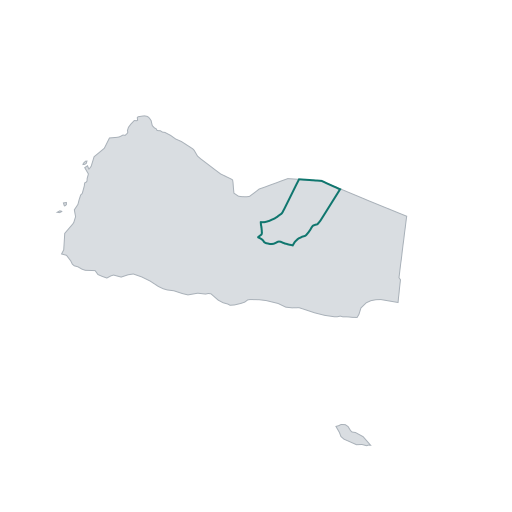 Al Qaff, Hadramawt, Yemen (highlighted), rotated 31°
{"feature_id": "15242507B27832262197062", "entity_name": "Al Qaff", "entity_type": "district", "adm_level": 2, "iso_a3": "YEM", "parent_name": "Yemen", "parent_adm1": "Hadramawt", "projection": "albers", "projection_center": [48.909, 17.431], "detail": "fine", "context": "in_parent", "style": "outline", "palette": "teal", "viewbox_px": 512, "rotation_deg": 31, "n_neighbors": 0, "source": "geoboundaries", "source_scale": "gbopen_adm2", "svg_char_len": 8089}
<svg xmlns="http://www.w3.org/2000/svg" viewBox="0 0 512 512"><g transform="rotate(31 256 256)"><path d="M401.7,222.7L385.5,229.0L381.3,231.7L377.5,235.1L374.6,239.3L372.7,246.5L374.3,253.1L374.3,256.6L370.1,259.0L366.2,260.8L361.8,263.4L359.2,264.1L357.0,266.2L354.5,267.7L345.4,271.5L335.5,274.5L319.6,278.1L313.5,281.9L307.9,284.5L299.4,285.3L287.8,288.9L281.3,291.8L273.3,296.4L271.5,297.9L270.1,301.3L267.6,304.3L262.7,309.1L259.1,311.6L256.6,311.7L251.9,313.0L246.3,313.3L236.9,311.6L234.4,312.7L232.4,314.6L225.2,317.9L217.7,324.4L212.3,326.1L203.5,328.1L197.4,330.8L193.2,331.9L187.9,332.4L178.1,332.0L168.8,332.8L160.1,334.6L156.0,338.0L151.3,343.5L143.7,345.7L141.9,347.7L139.5,351.7L134.6,352.7L130.1,353.3L125.6,351.4L117.0,356.2L113.7,356.9L108.8,357.0L105.3,358.0L102.8,357.6L99.7,355.6L93.2,353.0L88.3,354.4L88.0,349.7L80.4,335.1L82.5,322.6L82.5,320.9L81.1,315.2L76.5,310.0L76.8,303.5L75.4,298.8L74.3,294.0L74.7,292.8L74.8,291.6L72.7,284.2L71.9,282.7L71.6,281.2L72.5,280.0L72.5,278.7L71.3,276.4L70.1,272.0L63.7,268.5L65.1,265.4L66.4,266.5L68.0,267.5L68.4,265.5L68.5,263.9L66.1,254.3L70.5,241.8L69.6,230.3L75.7,225.9L77.3,224.5L78.2,223.3L79.7,220.8L81.7,220.0L82.5,217.2L82.4,215.9L81.2,214.7L80.4,211.4L80.8,207.4L81.2,205.7L81.9,202.6L84.1,201.5L84.6,200.6L83.0,198.6L83.2,197.4L86.9,194.3L88.3,193.3L90.7,192.4L92.5,192.4L94.5,193.1L96.4,194.0L98.1,195.8L100.0,197.7L102.9,198.5L104.9,198.4L106.5,199.3L107.9,198.8L109.5,197.9L112.0,198.0L114.2,197.0L120.6,196.6L126.8,197.1L133.2,196.3L139.7,196.5L146.1,196.7L147.6,196.9L149.0,197.5L154.4,200.5L158.5,201.2L166.8,202.1L175.7,203.1L183.4,203.9L189.9,203.3L195.3,202.8L196.8,202.9L198.4,204.8L201.6,209.3L204.7,213.5L210.1,213.8L213.6,212.3L217.4,210.1L219.7,208.3L222.5,201.5L224.2,197.0L228.3,192.1L231.6,187.9L236.1,182.4L238.5,179.3L243.4,173.3L248.0,170.9L256.8,166.4L265.5,161.9L271.2,159.0L276.0,157.7L284.1,156.5L293.5,155.1L303.0,153.7L313.1,152.2L324.3,150.6L332.0,149.4L341.8,147.9L350.0,146.6L357.2,145.5L364.7,144.3L366.1,147.6L367.6,151.0L369.1,154.3L370.5,157.6L372.0,161.0L373.5,164.3L375.0,167.7L376.4,171.0L377.9,174.3L379.4,177.7L380.9,181.0L382.4,184.3L383.8,187.7L385.3,191.0L386.8,194.4L388.3,197.7L389.7,200.9L392.1,202.0L393.5,205.1L395.5,209.5L397.6,213.9L399.6,218.3L401.7,222.7ZM427.0,357.0L429.0,357.4L432.1,356.1L440.9,355.7L451.7,359.2L449.7,360.2L448.6,361.6L443.9,363.0L439.3,366.0L425.8,367.7L421.8,367.0L418.4,364.3L412.3,360.9L414.6,358.5L415.1,357.4L416.0,356.4L419.4,354.6L422.8,354.8L427.0,357.0ZM66.6,311.0L66.1,311.7L65.6,311.5L63.6,309.7L65.9,307.8L67.0,309.6L66.6,311.0ZM61.6,266.0L60.6,266.7L60.3,265.4L61.1,262.5L62.2,261.7L62.8,263.9L62.3,265.1L61.6,266.0ZM65.3,320.0L63.1,320.9L64.6,318.3L66.2,317.8L66.6,317.9L65.3,320.0Z" fill="#d9dde1" stroke="#a8b0b8" stroke-width="1"/><path d="M293.7,155.5L291.7,155.8L289.2,156.0L286.5,156.4L283.9,156.7L281.3,157.0L278.7,157.3L276.2,157.5L273.6,157.8L271.2,159.0L269.8,159.7L268.4,160.5L266.1,161.6L264.6,162.4L263.1,163.1L260.8,164.3L259.4,165.0L257.9,165.8L255.7,166.9L253.4,168.1L253.8,173.9L255.2,191.0L255.4,193.6L256.0,201.0L256.1,203.4L256.1,203.6L256.2,203.9L256.2,204.1L256.2,204.4L256.2,204.6L256.2,204.8L256.2,205.5L256.2,205.8L256.1,206.0L256.1,206.3L256.0,206.5L256.0,206.8L255.9,207.0L255.7,207.4L255.6,207.6L255.5,207.9L255.4,208.1L255.2,208.4L255.1,208.6L255.0,208.9L254.9,209.2L254.8,209.4L254.7,209.7L254.6,209.9L254.5,210.1L254.4,210.3L254.3,210.6L254.3,210.8L254.2,211.0L254.1,211.3L254.0,211.5L253.9,211.8L253.7,212.0L253.5,212.4L253.4,212.7L253.2,213.1L253.1,213.3L253.0,213.5L252.9,213.8L252.7,214.0L252.5,214.5L252.3,214.7L252.2,214.9L252.0,215.1L251.9,215.3L251.8,215.5L251.7,215.6L251.5,215.8L251.4,216.0L251.2,216.2L251.1,216.4L250.9,216.6L250.8,216.8L250.7,217.0L250.5,217.3L250.3,217.5L250.2,217.8L250.0,218.0L249.8,218.3L249.7,218.5L249.4,218.9L249.2,219.1L249.1,219.3L248.9,219.5L248.6,219.8L248.4,220.0L248.2,220.2L248.0,220.4L247.9,220.6L247.7,220.8L247.5,221.0L247.3,221.2L247.2,221.3L247.0,221.5L246.8,221.7L246.4,222.1L246.1,222.4L245.9,222.6L245.7,222.7L245.5,222.9L245.4,222.9L245.3,223.0L245.1,223.1L244.9,223.2L244.7,223.3L244.3,223.6L243.8,223.9L243.6,224.0L243.4,224.1L243.2,224.2L243.0,224.3L242.7,224.5L242.9,224.9L243.0,225.1L243.3,225.4L243.4,225.6L243.6,225.9L243.8,226.2L244.0,226.4L244.2,226.7L244.3,226.9L244.5,227.0L244.9,227.5L245.4,228.0L245.5,228.2L245.7,228.5L245.8,228.5L246.0,228.8L246.2,229.0L246.4,229.2L246.5,229.4L246.7,229.7L246.8,229.9L247.0,230.1L247.1,230.3L247.3,230.5L247.6,230.9L247.8,231.1L247.9,231.3L248.0,231.5L248.2,231.8L248.3,232.0L248.5,232.2L248.6,232.3L248.8,232.6L248.9,232.8L249.0,232.9L249.0,233.0L249.2,233.3L249.3,233.6L249.4,233.8L249.5,234.0L249.6,234.5L249.6,234.8L249.5,235.0L249.4,235.3L249.4,235.5L249.2,235.9L249.1,236.1L249.0,236.4L248.9,236.6L248.8,236.8L248.7,237.1L248.6,237.4L248.5,237.6L248.5,237.8L248.4,238.1L248.3,238.3L248.3,238.6L248.2,238.8L248.3,238.9L248.6,238.9L248.9,238.8L249.1,238.8L249.4,238.8L249.7,238.8L250.0,238.7L250.3,238.7L250.5,238.7L251.0,238.7L251.4,238.7L251.7,238.7L252.0,238.7L252.4,238.7L252.6,238.8L252.9,238.8L253.1,238.8L253.4,238.9L253.6,239.0L253.8,239.0L254.1,239.1L254.3,239.1L254.6,239.3L254.8,239.4L255.0,239.5L255.4,239.7L255.6,239.8L255.8,239.8L256.1,239.9L256.3,239.9L256.6,239.9L257.2,239.9L257.4,239.9L257.6,239.9L257.9,239.8L258.0,239.8L258.3,239.7L258.6,239.6L258.8,239.5L259.0,239.5L259.2,239.4L259.4,239.3L259.7,239.2L259.9,239.1L260.2,239.0L260.4,239.0L260.6,238.9L260.9,238.8L261.1,238.8L261.4,238.7L261.6,238.6L261.8,238.5L262.1,238.4L262.3,238.2L262.5,238.1L262.8,237.9L263.0,237.8L263.2,237.7L263.4,237.6L263.6,237.3L263.9,237.2L264.0,237.1L264.2,236.9L264.4,236.8L264.6,236.6L264.8,236.4L265.0,236.2L265.3,235.8L265.4,235.6L265.6,235.4L265.7,235.2L265.9,234.9L266.1,234.7L266.3,234.4L266.4,234.1L266.6,233.8L266.7,233.6L266.9,233.4L267.0,233.1L267.2,232.9L267.3,232.7L267.5,232.4L267.7,232.2L267.9,232.1L268.1,231.9L268.3,231.8L268.6,231.6L268.8,231.5L269.0,231.4L269.4,231.2L269.7,231.2L269.8,231.1L270.1,231.0L270.3,231.0L270.6,231.0L270.9,230.9L271.1,230.9L271.3,230.9L271.5,230.9L271.9,230.8L272.2,230.8L272.4,230.8L272.6,230.7L272.9,230.7L273.1,230.6L273.3,230.6L273.6,230.5L273.9,230.5L274.1,230.5L274.2,230.4L274.3,230.4L274.5,230.4L274.8,230.3L275.0,230.2L275.3,230.1L275.6,230.0L275.9,229.9L276.2,229.8L276.3,229.8L276.6,229.7L276.9,229.7L277.2,229.6L277.4,229.5L277.7,229.5L277.9,229.4L278.2,229.3L278.5,229.2L278.9,229.1L279.1,229.0L279.3,228.9L279.6,228.8L279.8,228.7L280.1,228.6L280.5,228.5L280.7,228.4L281.0,228.3L281.2,228.2L281.5,228.1L282.0,228.0L282.0,227.7L282.0,227.4L282.0,227.2L282.0,226.9L282.0,226.7L282.0,226.4L282.0,226.1L282.0,225.9L282.0,225.4L282.0,225.2L282.0,224.7L282.0,224.2L282.1,223.7L282.2,223.2L282.3,222.9L282.3,222.7L282.4,222.3L282.5,222.0L282.6,221.8L282.7,221.5L282.7,221.3L282.8,221.0L282.8,220.8L282.9,220.6L283.0,220.4L283.0,220.1L283.1,219.9L283.2,219.7L283.3,219.5L283.4,219.2L283.6,218.8L283.7,218.6L283.9,218.4L284.0,218.2L284.5,217.6L284.6,217.4L284.8,217.2L285.0,216.7L285.2,216.4L285.4,216.1L285.5,215.9L285.6,215.7L285.8,215.5L286.0,215.3L286.2,215.1L286.3,215.0L286.4,214.9L286.6,214.7L286.9,214.4L287.1,214.1L287.3,213.9L287.5,213.7L287.8,213.3L287.9,213.1L288.0,212.8L288.1,212.6L288.2,212.4L288.2,212.2L288.3,211.9L288.3,211.6L288.4,211.4L288.4,211.2L288.4,210.9L288.5,210.7L288.5,210.4L288.6,210.2L288.6,209.9L288.6,209.7L288.7,209.2L288.8,209.0L288.8,208.7L288.8,208.2L288.8,207.9L288.9,207.7L288.9,207.4L288.9,207.2L288.9,206.9L288.9,206.7L289.0,206.2L289.0,205.4L289.0,204.9L289.0,204.6L289.0,204.3L289.0,204.1L289.0,203.8L289.0,203.5L288.9,203.3L288.9,202.8L289.0,202.5L289.0,202.2L289.0,201.7L289.1,201.4L289.1,201.2L289.2,200.7L289.4,200.5L289.5,200.3L289.6,200.1L289.7,199.9L289.9,199.8L290.1,199.6L290.3,199.3L290.4,199.1L290.6,198.9L290.7,198.7L290.9,198.6L291.1,198.4L291.2,198.2L291.4,198.1L291.6,197.9L291.9,197.6L292.1,197.4L292.2,197.2L292.3,197.0L292.4,196.7L292.4,196.2L292.5,196.1L292.5,195.8L292.6,195.5L293.0,192.5L293.2,183.1L293.3,177.0L293.7,155.5Z" fill="none" stroke="#0f766e" stroke-width="2"/></g></svg>